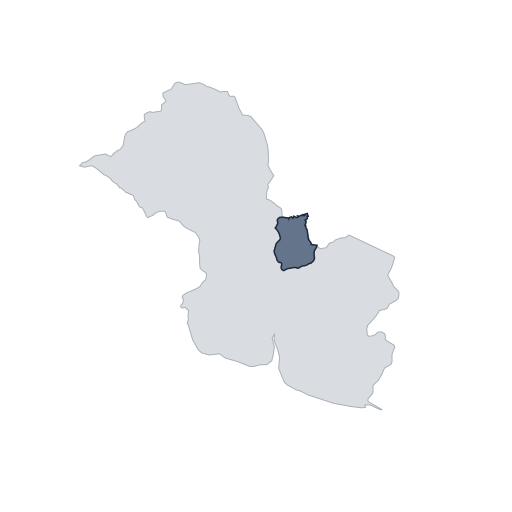 VIII-1 Ireng/Upper Potaro, Potaro-Siparuni, Guyana shown in context, rotated 157°
{"feature_id": "73187651B95779409673376", "entity_name": "VIII-1 Ireng/Upper Potaro", "entity_type": "district", "adm_level": 2, "iso_a3": "GUY", "parent_name": "Guyana", "parent_adm1": "Potaro-Siparuni", "projection": "orthographic", "projection_center": [-59.613, 4.894], "detail": "fine", "context": "in_parent", "style": "filled", "palette": "slate", "viewbox_px": 512, "rotation_deg": 157, "n_neighbors": 0, "source": "geoboundaries", "source_scale": "gbopen_adm2", "svg_char_len": 6384}
<svg xmlns="http://www.w3.org/2000/svg" viewBox="0 0 512 512"><g transform="rotate(157 256 256)"><path d="M162.3,239.0L151.3,226.7L140.4,214.4L129.6,202.3L128.8,200.6L133.4,194.9L137.4,190.8L140.8,188.4L142.4,186.4L141.2,177.5L141.3,174.3L139.7,170.8L138.6,166.9L140.0,163.7L141.6,161.4L143.7,160.5L148.8,159.8L152.3,159.5L153.6,158.2L155.7,156.6L158.4,156.6L163.7,157.6L166.1,155.7L170.5,153.0L180.4,148.5L182.6,145.5L184.1,140.8L184.0,138.7L183.0,137.8L180.5,137.1L176.8,137.0L173.8,138.2L170.7,137.5L168.1,134.6L168.0,132.3L169.5,128.9L168.6,126.7L163.7,119.7L163.8,117.8L167.3,114.6L169.4,112.0L172.1,105.5L174.3,103.4L181.2,102.7L182.9,101.3L186.4,97.9L191.6,94.0L199.1,91.0L201.3,85.3L202.6,83.8L208.6,80.8L209.6,79.3L209.5,77.9L199.9,65.2L201.8,66.1L209.2,74.3L213.3,76.1L214.2,76.2L214.2,74.0L218.0,74.9L227.7,80.6L241.9,89.9L262.0,107.4L267.7,114.1L271.5,117.3L277.5,124.9L279.2,128.7L279.1,143.6L273.8,153.7L272.6,161.3L272.3,171.4L269.2,177.2L273.3,174.1L274.6,165.0L278.0,159.4L282.5,153.3L288.5,151.8L295.0,154.4L300.2,154.9L304.8,156.7L314.6,166.4L324.2,174.0L327.7,180.2L337.9,183.2L343.9,188.1L345.8,192.3L347.1,203.3L345.2,220.0L345.7,220.8L343.0,224.1L342.5,226.2L340.7,229.9L339.4,231.9L341.4,236.5L343.7,236.7L344.6,237.3L345.1,238.2L345.0,239.2L344.1,240.0L341.9,241.2L339.9,243.8L340.1,246.8L338.8,248.3L334.6,249.1L326.4,249.1L322.3,249.4L319.1,249.9L317.0,251.8L314.3,253.1L312.2,253.4L310.3,255.6L308.5,258.8L309.1,260.9L311.1,263.7L312.2,266.7L310.7,271.4L309.1,275.1L308.1,277.8L306.9,283.2L303.7,289.1L301.5,292.5L301.5,296.1L302.6,301.3L309.1,308.8L311.2,312.4L313.0,318.2L318.8,322.7L322.5,326.4L322.2,331.3L322.7,332.8L324.9,334.0L327.7,334.9L330.8,334.9L333.5,334.4L334.1,333.8L340.4,333.6L341.2,334.9L341.5,341.9L341.8,344.7L343.3,345.8L344.2,347.6L344.3,349.1L344.6,353.1L345.5,355.1L345.4,359.3L346.0,360.8L347.8,361.9L350.0,364.9L350.8,365.2L351.2,366.3L353.1,370.5L354.1,371.8L354.8,372.0L355.1,373.5L356.4,377.5L357.4,378.4L359.1,381.4L359.9,384.5L362.2,388.1L364.6,390.7L365.7,393.3L368.7,399.1L371.7,403.1L375.7,404.2L379.0,404.7L381.1,406.3L383.2,408.0L381.0,408.8L379.0,409.8L376.2,409.0L372.4,409.5L368.5,410.6L364.8,411.2L357.9,409.4L355.8,409.2L354.4,408.4L351.5,404.8L350.2,404.4L346.5,406.1L342.0,407.3L339.9,407.0L337.3,408.3L334.9,409.9L330.4,416.9L328.0,419.4L325.5,420.5L320.5,420.5L315.1,420.8L311.0,422.5L307.2,423.4L305.4,423.5L304.7,427.3L303.9,429.1L302.7,430.1L299.7,430.5L297.1,430.3L295.5,428.7L292.5,427.9L289.9,427.4L288.1,426.5L286.8,426.7L285.6,428.3L284.7,429.7L283.9,432.2L279.9,433.0L278.2,434.4L279.2,439.1L278.7,441.0L277.9,442.4L273.1,442.7L268.9,442.6L266.5,444.4L263.6,446.4L261.8,446.8L259.7,446.6L256.9,444.3L254.2,441.4L247.3,439.4L240.5,437.7L236.1,433.1L235.0,430.9L232.9,429.9L227.6,424.4L224.7,420.9L221.5,420.0L217.9,418.5L218.1,416.0L217.8,413.5L216.3,412.5L214.1,411.9L213.3,410.5L213.5,407.3L213.9,399.0L213.3,391.1L208.4,388.4L206.3,386.5L202.6,374.8L200.9,369.5L200.8,365.6L202.1,353.9L203.4,348.9L207.2,338.7L209.4,335.3L209.5,332.7L209.3,329.4L208.2,322.9L214.5,318.8L217.3,317.1L217.7,314.3L221.1,310.9L222.6,307.5L223.9,304.9L223.6,303.6L222.1,302.8L220.3,300.3L216.6,293.2L215.3,291.7L214.2,289.7L214.8,286.5L216.2,283.1L216.0,281.7L213.8,279.8L209.3,276.8L205.5,276.5L202.6,275.4L198.3,275.3L194.9,274.9L193.0,273.8L193.4,271.9L194.2,270.4L197.1,266.8L199.0,263.0L199.3,259.3L199.9,254.3L200.7,250.1L201.2,245.2L196.6,242.0L195.2,239.4L193.3,237.1L191.3,237.1L188.2,236.1L183.3,239.2L179.5,238.6L176.9,239.7L170.8,239.5L167.0,238.0L162.3,239.0Z" fill="#d9dde1" stroke="#a8b0b8" stroke-width="1"/><path d="M222.6,228.5L222.4,228.6L221.9,228.6L221.3,228.3L220.7,228.2L220.2,228.5L219.6,228.5L218.4,228.7L218.0,228.7L217.5,228.7L216.7,228.6L216.2,228.4L215.6,228.2L215.1,228.1L214.5,228.0L214.0,227.9L213.5,227.9L212.9,227.9L212.3,227.9L211.6,228.0L210.9,228.1L210.4,228.3L209.9,228.3L209.4,228.1L208.7,227.9L208.2,227.9L207.6,228.2L207.0,228.4L206.5,228.5L205.8,228.8L205.0,229.0L204.7,229.4L204.2,229.7L203.8,230.0L203.5,230.6L203.0,231.1L202.8,231.7L202.7,232.2L202.5,232.7L202.4,233.1L202.3,233.6L202.1,234.2L201.9,234.7L201.7,235.2L201.5,235.7L201.3,236.3L201.0,236.7L200.7,237.2L200.4,237.7L200.0,238.1L199.6,238.5L199.1,238.8L198.7,239.2L198.2,239.5L197.5,239.9L197.2,240.2L196.4,241.0L195.6,242.0L200.8,245.1L200.2,246.4L201.2,250.9L198.7,260.2L199.1,263.1L198.4,264.2L199.1,265.1L196.6,267.8L196.8,269.8L194.0,270.5L193.4,272.6L192.4,272.2L192.2,275.2L195.2,275.4L195.0,274.6L195.9,274.3L196.0,275.0L197.1,274.9L197.0,275.8L200.5,275.7L202.1,276.7L202.2,275.3L204.1,275.8L205.6,277.9L207.3,276.3L208.0,278.2L210.4,278.3L211.3,277.3L211.3,278.3L217.1,281.7L217.5,281.9L217.8,281.7L219.2,282.3L219.8,282.1L220.2,282.0L220.6,281.9L221.1,281.7L221.5,281.5L221.9,281.2L222.3,280.9L222.5,280.5L222.7,280.1L222.7,279.6L222.7,279.2L222.8,278.7L222.9,278.2L223.2,277.7L223.5,277.3L223.9,276.9L224.3,276.6L224.8,276.2L225.2,275.9L225.4,275.6L225.8,275.2L226.2,275.0L226.8,274.7L227.3,274.4L227.4,274.0L227.1,273.6L226.8,272.7L226.6,272.1L226.4,271.6L226.3,271.0L226.2,270.6L226.2,270.0L226.1,269.5L226.0,269.0L226.0,268.5L225.9,268.1L226.0,267.6L226.0,267.1L226.1,266.4L226.1,265.9L226.2,265.4L226.3,264.7L226.3,264.0L226.5,263.5L226.7,262.9L226.9,262.4L227.2,262.0L227.7,261.7L228.2,261.4L228.8,261.1L229.4,261.0L230.0,260.8L230.8,260.4L231.3,260.1L231.8,259.9L232.5,259.5L233.0,259.0L233.4,258.5L233.7,258.1L234.0,257.6L234.4,257.3L234.8,256.8L235.1,256.4L235.5,255.9L235.7,255.5L236.1,254.9L236.5,254.5L237.1,254.0L237.4,253.6L237.5,253.1L237.6,252.6L237.7,252.0L237.8,251.5L237.8,250.9L237.9,250.3L237.9,249.7L237.9,249.1L237.8,248.6L237.8,247.3L237.9,246.7L237.9,246.2L237.9,245.7L238.1,245.0L238.2,244.4L238.2,243.8L238.1,243.2L238.0,242.8L237.9,242.3L237.7,241.8L237.5,241.3L237.1,240.9L236.6,240.7L236.1,240.4L235.7,240.1L235.5,239.7L235.4,239.2L235.5,238.6L235.7,238.1L236.1,237.5L236.4,237.1L236.8,236.7L237.1,236.1L237.3,235.7L237.5,235.2L237.5,234.7L237.6,234.2L237.5,233.6L237.4,233.2L237.1,232.7L236.7,232.2L236.4,231.9L235.9,231.7L235.3,231.7L234.7,231.8L234.2,231.9L233.7,232.0L233.2,232.0L232.7,232.0L232.2,232.0L231.5,231.9L230.8,231.8L230.2,231.6L229.5,231.4L229.0,231.3L228.5,231.2L227.8,231.1L227.2,231.0L226.8,230.9L226.2,230.7L225.6,230.5L225.0,230.4L224.6,230.1L224.0,229.8L223.5,229.7L223.2,229.1L222.6,228.5Z" fill="#64748b" stroke="#1e293b" stroke-width="1.5"/></g></svg>